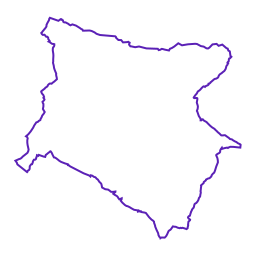 outline of Vulturesti, Arges, Romania
{"feature_id": "2599482B57723445665641", "entity_name": "Vulturesti", "entity_type": "district", "adm_level": 2, "iso_a3": "ROU", "parent_name": "Romania", "parent_adm1": "Arges", "projection": "natural_earth1", "projection_center": [25.099, 45.058], "detail": "fine", "context": "isolated", "style": "outline", "palette": "violet", "viewbox_px": 256, "rotation_deg": 0, "n_neighbors": 0, "source": "geoboundaries", "source_scale": "gbopen_adm2", "svg_char_len": 5656}
<svg xmlns="http://www.w3.org/2000/svg" viewBox="0 0 256 256"><path d="M160.4,238.2L161.1,237.7L161.7,237.5L164.7,237.6L165.8,236.5L166.4,235.7L167.2,234.2L168.5,231.2L169.2,230.5L170.2,229.9L170.9,229.3L171.2,228.8L171.5,228.4L172.9,226.4L174.4,226.7L175.8,226.8L177.7,227.7L179.8,228.2L180.6,227.8L181.4,228.0L181.6,228.1L182.5,227.8L184.3,228.3L186.6,229.1L187.7,228.0L187.6,227.4L188.2,225.5L188.0,224.9L188.2,224.2L188.2,223.4L188.5,221.6L189.6,220.6L190.0,220.2L190.1,219.6L188.7,218.6L188.0,217.6L188.2,216.9L188.8,216.2L189.9,215.7L190.6,213.2L190.9,212.6L191.0,211.9L191.9,210.2L192.0,209.6L193.0,208.3L193.4,208.0L193.8,207.2L194.0,206.7L194.1,205.8L194.5,204.3L195.0,203.7L196.4,202.9L196.7,202.4L197.4,201.7L198.5,199.7L198.9,198.1L199.5,197.3L200.1,196.5L200.4,194.5L200.7,193.2L200.8,192.1L200.5,191.2L200.7,190.4L201.0,187.4L201.2,186.2L201.0,185.4L203.6,183.1L203.8,182.0L205.8,180.4L206.0,179.6L208.1,178.5L209.5,178.2L211.3,176.5L211.7,175.2L212.8,173.8L214.2,172.6L215.0,170.6L216.3,166.4L217.9,162.4L217.8,160.3L217.4,158.1L216.3,155.6L216.2,155.1L217.2,154.1L219.4,152.9L220.1,152.0L220.2,150.4L220.9,149.0L221.9,147.7L222.3,148.8L224.6,148.1L227.1,147.6L227.9,148.0L228.6,147.5L230.3,146.8L233.5,146.9L240.3,147.6L240.6,145.0L240.6,144.7L240.2,144.3L237.7,143.1L236.4,142.0L235.5,141.7L233.2,140.4L231.9,139.4L230.0,139.0L228.6,137.7L227.8,137.2L225.2,135.3L224.4,135.2L222.9,135.4L221.7,135.4L221.2,135.3L219.3,133.4L218.5,132.8L217.3,131.7L216.5,130.8L215.7,130.2L215.0,129.4L214.4,128.8L212.0,127.3L210.1,125.7L207.4,123.0L206.6,122.1L203.8,120.5L202.9,119.4L202.3,119.3L201.4,120.3L200.6,120.3L200.6,118.8L198.8,116.0L197.3,111.6L196.9,111.0L196.9,110.7L197.6,109.0L197.9,106.7L197.7,105.5L196.8,102.6L196.9,101.9L197.4,99.0L197.3,98.3L196.9,98.0L194.3,98.1L193.8,97.8L193.7,97.5L195.3,95.2L196.8,93.5L197.8,91.5L199.3,90.5L200.6,89.3L201.2,88.5L202.9,86.8L203.5,86.4L203.8,86.4L204.5,86.5L205.0,86.9L205.9,86.0L207.9,85.2L208.5,84.6L208.5,84.3L208.4,83.9L208.5,83.7L209.0,83.7L209.4,83.6L209.8,83.2L210.3,82.9L210.6,82.2L211.3,81.8L211.9,81.2L213.0,80.3L213.7,79.6L214.8,78.9L216.0,78.7L217.2,78.1L217.8,77.7L218.3,77.0L218.7,75.9L219.4,74.8L220.0,74.2L221.7,73.1L222.7,72.2L224.3,71.0L225.5,69.2L225.9,68.1L226.3,66.4L226.7,65.6L227.5,64.7L227.7,64.0L228.0,63.5L227.6,63.4L227.4,62.8L227.7,62.2L228.7,61.2L228.9,59.1L229.2,58.5L230.0,58.3L231.4,56.8L231.0,56.4L230.5,56.3L229.8,51.4L228.3,50.5L227.7,48.6L226.5,48.2L222.3,44.6L218.6,45.8L216.6,43.9L212.5,44.4L209.4,47.6L208.0,48.5L206.4,48.3L203.7,46.6L200.9,46.1L197.0,44.0L195.1,43.8L188.0,44.3L182.0,45.3L178.3,43.3L174.3,46.5L171.9,48.0L169.9,48.8L169.0,50.5L164.7,49.6L162.6,49.0L161.6,48.9L160.4,49.7L158.7,50.1L157.8,48.8L146.4,48.4L139.0,46.5L135.2,47.2L130.9,46.3L130.4,46.3L129.2,44.8L129.1,44.6L129.1,44.2L129.5,43.0L129.7,42.8L129.7,42.7L129.2,42.5L128.3,41.8L127.2,42.1L123.0,42.4L121.2,40.1L118.4,40.0L116.1,37.8L115.9,36.9L115.2,36.3L100.0,35.0L96.5,33.8L94.6,32.4L91.7,31.0L89.6,30.5L83.0,30.7L82.4,29.5L81.5,29.2L79.7,27.9L76.0,25.6L72.4,24.4L70.4,25.3L69.3,24.7L68.3,23.8L68.0,23.7L65.6,22.4L64.2,22.4L63.3,21.8L62.9,20.3L62.5,20.1L62.2,20.0L61.9,19.6L61.4,19.7L61.1,19.1L60.7,19.1L58.4,20.8L49.9,17.8L49.2,18.9L49.1,19.9L48.7,20.7L47.6,22.6L46.5,24.9L46.5,25.6L46.4,26.6L45.0,28.6L44.4,29.2L43.4,30.5L42.9,31.0L41.7,32.7L41.3,33.0L41.8,34.0L42.8,34.9L43.3,34.9L44.3,34.7L44.9,35.1L45.9,36.5L46.5,36.8L47.2,36.7L48.1,37.5L48.3,39.1L49.6,40.9L48.7,41.6L49.4,41.9L51.0,43.1L51.9,43.7L52.4,43.9L53.8,44.0L54.3,44.2L54.3,45.5L53.9,46.6L53.1,47.4L52.8,48.7L52.8,50.6L53.3,53.8L53.4,55.7L53.3,57.6L53.2,59.2L53.2,61.6L53.0,62.8L53.7,65.5L54.1,68.1L54.8,70.2L56.2,73.6L56.1,74.7L56.3,76.0L56.7,77.4L56.9,79.2L54.2,81.6L52.4,82.9L51.6,83.7L50.0,83.5L49.3,83.8L48.5,84.5L47.8,85.3L47.5,86.2L46.6,87.0L45.5,87.6L44.7,88.6L42.1,90.6L41.2,91.4L41.4,92.4L42.2,93.8L43.3,95.0L44.1,97.0L43.4,97.8L43.7,98.3L44.3,99.0L44.5,99.4L44.2,100.1L43.4,101.0L42.5,101.8L42.8,102.9L43.4,103.9L43.4,106.4L42.9,109.0L44.7,112.0L43.8,113.6L42.2,115.6L41.5,117.5L40.7,118.7L40.3,120.1L38.9,120.8L37.8,121.9L36.3,122.4L34.2,125.5L33.2,127.6L30.7,131.4L28.3,134.3L26.0,136.3L27.2,137.1L27.7,138.4L27.3,140.1L27.3,142.7L27.6,145.0L28.6,149.5L28.2,151.3L27.4,152.9L22.7,156.6L21.9,157.5L21.0,158.3L20.1,158.8L19.0,159.1L15.4,160.7L16.8,162.6L17.4,164.4L27.1,172.1L27.4,171.8L27.4,171.3L27.8,170.7L29.0,170.0L29.6,169.0L29.7,167.9L29.7,167.1L29.8,166.2L31.0,164.5L31.6,164.1L32.1,164.1L32.8,162.4L32.9,161.4L33.9,159.7L35.3,159.6L35.8,159.2L36.1,158.4L36.3,157.3L36.7,156.8L37.0,155.2L38.3,155.8L38.8,154.9L43.7,156.6L45.2,156.9L45.8,154.9L46.9,154.1L48.3,152.9L49.4,152.1L50.3,151.3L50.7,151.4L51.7,152.8L52.2,153.8L52.2,154.0L53.9,157.4L54.8,157.5L56.2,158.3L58.0,159.7L59.3,160.8L61.1,161.9L65.2,163.5L68.0,164.3L68.4,164.8L68.2,165.2L68.7,165.3L70.2,166.4L83.6,173.3L89.2,175.5L90.4,176.5L90.8,175.3L92.1,175.6L94.2,177.0L94.9,177.1L95.4,177.3L96.0,177.9L96.2,178.2L96.6,178.7L97.8,179.5L99.4,181.9L100.7,183.1L101.4,184.1L102.1,187.5L105.2,189.2L108.1,189.6L109.7,190.7L110.8,191.7L111.9,191.9L113.7,191.8L115.4,191.5L115.4,191.9L113.3,193.8L114.5,194.7L116.8,196.0L117.7,196.9L118.1,197.7L119.3,199.3L120.4,198.9L121.7,198.3L121.7,199.0L120.8,200.8L122.3,202.6L124.9,205.0L126.5,206.0L126.9,206.0L128.3,206.5L130.0,207.4L131.4,208.3L134.1,209.8L137.8,210.4L137.9,211.6L138.7,211.4L139.0,210.7L140.0,211.5L140.8,211.2L141.2,212.0L144.7,212.6L145.9,213.0L146.9,214.3L149.1,217.2L151.5,219.6L153.1,220.7L154.0,221.7L154.1,222.9L155.1,225.6L155.2,226.6L156.7,230.2L158.1,233.1L158.3,234.1L158.5,235.2L159.4,236.9L160.2,237.5L160.4,238.2Z" fill="none" stroke="#5b21b6" stroke-width="2"/></svg>